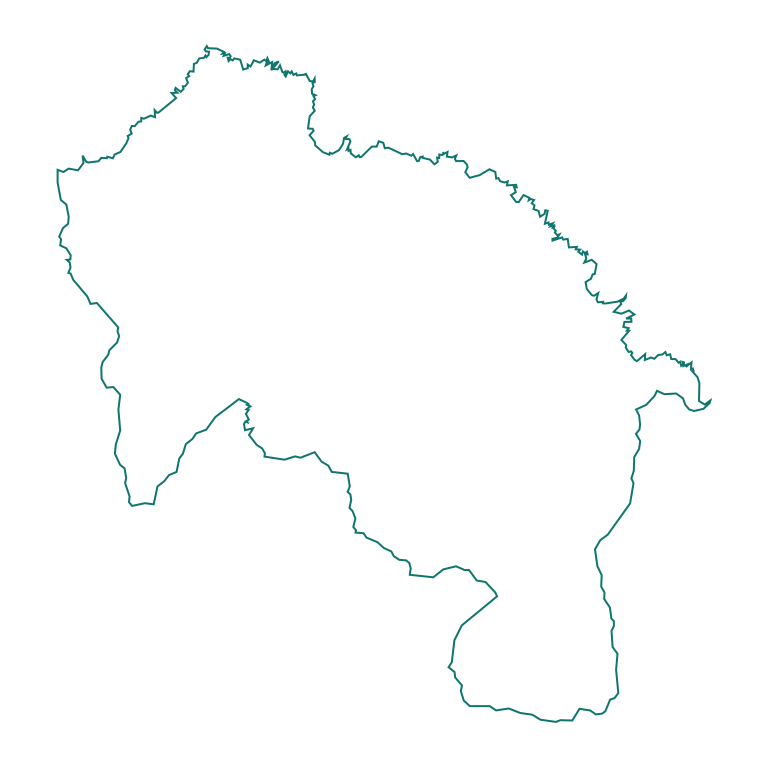 the district of Nossa Senhora Da Lapa, Ribeira Brava, Cabo Verde
{"feature_id": "66160863B12848359802416", "entity_name": "Nossa Senhora Da Lapa", "entity_type": "district", "adm_level": 2, "iso_a3": "CPV", "parent_name": "Cabo Verde", "parent_adm1": "Ribeira Brava", "projection": "orthographic", "projection_center": [-24.326, 16.654], "detail": "fine", "context": "isolated", "style": "outline", "palette": "teal", "viewbox_px": 768, "rotation_deg": 0, "n_neighbors": 0, "source": "geoboundaries", "source_scale": "gbopen_adm2", "svg_char_len": 6000}
<svg xmlns="http://www.w3.org/2000/svg" viewBox="0 0 768 768"><path d="M710.4,400.4L704.8,404.6L699.0,401.0L699.4,383.1L697.5,377.2L692.1,371.1L693.5,371.1L692.9,368.5L691.0,369.0L691.5,362.3L686.0,366.9L687.1,364.5L683.6,366.0L684.0,362.4L682.6,361.9L683.2,364.4L681.2,365.9L680.1,361.7L678.5,362.7L675.6,359.1L671.2,359.0L670.2,354.3L666.7,355.2L665.4,352.0L662.4,354.5L658.2,355.0L654.3,358.8L651.0,357.5L644.8,360.0L645.2,354.1L637.0,361.1L634.7,359.9L631.1,355.2L632.3,352.9L631.1,351.4L628.6,352.0L625.8,347.6L626.1,344.9L621.4,339.9L629.1,330.8L626.9,330.7L628.7,328.2L623.4,326.9L624.4,321.9L631.4,321.8L631.2,318.5L626.1,318.6L634.4,314.5L629.0,310.5L621.4,313.7L613.7,311.8L621.2,304.1L620.2,301.4L623.0,301.2L625.7,298.1L626.0,295.4L623.7,298.6L617.4,301.7L605.3,303.5L602.8,303.3L603.1,301.8L597.9,302.3L596.5,299.6L598.2,293.0L594.3,295.7L592.0,295.3L586.8,289.0L585.6,282.1L590.9,278.8L592.6,274.4L594.7,274.1L596.6,264.1L591.8,259.8L584.3,262.6L586.3,258.5L585.1,254.4L587.6,254.4L587.0,251.8L585.2,253.1L582.9,251.4L582.0,254.6L578.4,251.8L580.1,249.6L575.7,249.3L576.8,246.9L568.9,247.4L567.7,238.9L563.2,239.6L562.1,237.4L552.5,240.6L552.4,238.9L557.5,237.6L559.4,234.4L557.4,235.3L554.9,232.5L555.8,230.7L553.5,228.5L554.2,226.9L552.8,227.3L553.7,225.4L550.4,226.3L552.7,223.3L548.8,224.7L548.5,222.5L544.9,223.7L547.7,210.8L545.3,210.3L544.5,213.9L540.1,216.7L538.5,210.9L533.5,209.1L534.5,205.3L531.7,203.2L534.0,200.0L530.8,199.0L528.7,200.3L529.3,197.8L523.5,195.1L518.7,202.1L516.1,201.9L511.0,195.2L515.8,192.1L514.0,186.9L516.7,187.3L516.1,184.8L506.9,185.4L507.7,181.4L504.6,182.5L500.0,181.1L498.5,178.1L496.2,178.6L495.3,171.9L489.4,169.3L479.7,175.1L469.7,177.8L465.3,172.2L467.6,167.3L466.7,164.2L463.5,161.0L456.1,161.1L454.9,158.9L456.3,155.4L452.2,157.4L446.9,156.6L447.5,152.0L444.5,153.6L442.6,152.3L443.9,153.9L442.2,155.0L439.3,154.5L439.2,158.0L437.1,157.7L437.8,161.8L434.4,164.3L430.1,159.7L422.6,157.8L422.7,156.6L420.2,157.2L418.8,160.9L417.1,161.2L413.1,154.1L411.3,155.7L406.2,153.5L402.3,154.2L388.4,147.7L384.8,148.2L383.3,142.8L378.7,141.3L376.7,146.6L371.8,146.6L361.5,156.8L359.6,157.1L358.8,155.3L355.8,157.3L350.8,153.4L350.5,150.0L348.6,150.9L348.5,148.6L347.0,149.4L350.4,141.4L349.5,139.2L345.4,138.9L346.7,136.4L344.1,137.9L343.0,143.8L339.0,150.1L332.3,153.8L329.9,152.7L329.4,154.7L323.0,152.2L315.2,145.4L314.9,141.9L309.6,135.2L313.6,130.8L312.7,128.8L308.0,128.5L309.7,116.3L314.7,110.8L312.9,107.5L314.1,104.5L312.9,101.3L315.1,99.1L313.4,96.0L315.4,95.2L312.1,93.8L311.7,89.3L313.4,86.3L312.5,83.1L314.8,82.0L314.6,78.5L313.0,81.5L309.7,81.0L305.5,73.1L305.5,74.6L296.9,75.4L296.3,73.5L293.4,74.9L291.7,71.4L290.2,73.4L288.0,71.3L285.7,76.5L284.5,74.9L286.1,73.5L285.6,71.3L283.5,72.8L282.3,71.8L280.0,65.3L277.7,69.3L272.4,68.9L278.8,61.4L274.5,63.2L271.4,70.3L272.1,62.1L265.7,65.5L266.8,62.1L269.1,62.0L267.4,58.1L266.3,61.4L264.4,59.6L259.9,62.6L253.9,60.3L250.5,66.5L247.7,64.6L247.8,68.1L243.2,69.5L240.2,59.7L234.3,58.4L232.7,60.4L230.6,59.2L228.6,61.1L227.7,57.7L229.6,58.0L230.7,56.2L229.2,54.1L223.7,55.8L224.9,53.2L222.3,53.7L223.9,51.9L217.0,48.6L208.0,48.2L206.8,46.1L204.6,49.5L205.8,51.4L209.0,51.7L208.6,54.9L206.4,57.1L205.5,55.5L203.9,57.9L199.3,58.4L196.8,62.8L193.9,63.9L193.5,71.6L189.8,71.2L187.7,74.3L189.2,76.1L186.1,78.1L187.9,82.7L185.1,86.3L182.8,86.3L183.6,88.9L180.7,91.8L175.6,87.9L174.8,90.1L177.4,92.7L171.6,93.0L176.1,98.1L158.7,112.4L157.0,112.8L154.7,110.2L155.0,117.2L150.8,115.6L143.9,118.7L141.3,117.9L141.2,121.5L138.4,121.8L134.8,126.1L131.8,126.0L130.2,129.5L131.7,133.6L127.7,136.0L128.5,138.3L126.2,143.5L120.4,152.0L114.6,154.5L112.9,158.3L107.3,156.7L106.9,158.2L101.3,157.8L98.5,161.2L88.4,162.5L86.3,161.9L82.6,155.6L83.5,163.0L78.0,170.3L68.6,168.6L63.5,172.0L57.6,169.8L57.6,182.4L60.8,199.9L66.4,204.6L68.7,216.8L68.1,223.8L62.9,228.2L59.2,236.6L61.1,239.3L60.2,245.4L66.3,248.3L70.7,255.2L70.3,259.5L66.8,259.9L69.7,262.5L70.5,267.4L68.4,272.9L70.6,273.5L73.2,279.8L87.3,296.4L90.5,303.9L96.9,303.0L118.2,327.4L117.5,331.6L119.2,336.0L117.0,342.6L109.4,350.2L108.2,354.8L102.7,362.0L101.3,367.5L101.6,378.8L106.6,387.6L113.4,387.1L120.2,394.8L118.4,409.6L120.2,430.5L115.8,444.5L114.9,453.7L120.1,464.8L124.6,468.4L126.2,477.9L125.1,483.1L129.6,496.5L129.0,502.2L132.1,505.9L144.8,503.2L153.7,504.3L157.5,486.4L164.3,481.2L169.0,475.1L176.6,471.9L179.3,458.4L182.9,453.7L185.8,444.2L192.5,438.9L196.0,433.5L206.2,429.7L215.3,417.1L238.9,399.1L246.8,402.8L248.4,404.0L247.0,404.8L250.4,406.4L246.4,409.3L248.6,410.0L245.9,413.9L248.8,419.5L247.1,420.7L247.6,422.4L245.4,421.5L244.0,424.0L245.0,430.2L253.1,428.3L249.0,435.0L256.7,444.9L262.2,448.5L264.9,453.3L264.5,456.6L284.5,459.7L295.0,456.4L300.5,457.7L314.7,452.2L321.6,461.7L328.3,465.6L331.7,471.9L347.7,473.7L349.8,486.4L347.6,491.9L350.4,494.4L351.2,499.8L349.5,508.0L352.5,511.0L355.4,518.4L353.3,526.9L356.0,530.3L355.5,532.6L363.5,533.2L366.5,537.6L377.3,542.1L383.8,548.0L391.3,551.4L393.8,556.2L399.2,559.8L406.2,560.4L409.3,563.0L410.7,568.4L409.8,574.8L433.3,577.3L443.3,569.4L456.0,566.3L464.8,570.1L469.0,570.0L476.7,580.5L485.5,582.0L495.3,592.5L497.1,596.3L461.8,625.4L454.4,640.3L451.8,662.2L448.6,667.2L454.6,672.1L455.1,677.4L462.0,685.5L460.8,691.1L463.8,700.6L469.8,706.1L489.7,706.1L496.1,710.4L508.8,708.5L520.3,713.0L532.3,714.7L540.4,719.7L555.9,721.9L560.4,720.2L572.3,720.5L579.5,708.8L590.3,710.5L595.8,714.4L602.2,713.6L605.4,711.2L610.1,699.6L614.5,698.1L618.3,693.1L616.1,669.8L617.5,653.8L612.6,647.0L611.5,630.9L613.9,626.0L613.8,621.0L611.4,618.6L609.9,607.5L604.2,599.0L604.5,592.5L601.2,586.6L601.7,575.2L597.4,566.2L595.0,549.3L600.2,540.3L607.8,534.6L630.1,503.4L633.5,483.2L631.4,478.4L633.8,470.8L634.2,457.2L639.1,448.9L640.2,441.0L636.0,433.9L639.5,429.5L640.1,424.3L639.1,415.5L636.1,409.5L646.3,404.8L654.5,396.0L657.0,390.8L664.4,394.2L676.2,393.5L683.0,398.4L685.3,404.8L689.3,409.5L694.1,411.0L703.5,408.8L709.7,403.0L710.4,400.4Z" fill="none" stroke="#0f766e" stroke-width="2"/></svg>